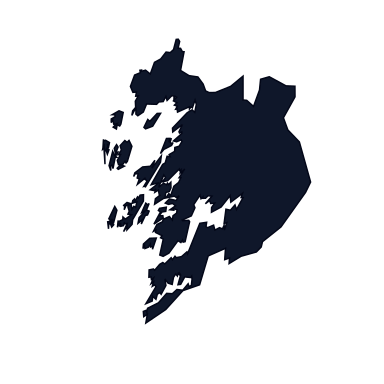 outline of Flatanger nor, Nord-Trøndelag, Norway, rotated 294°
{"feature_id": "86288312B80976394887598", "entity_name": "Flatanger nor", "entity_type": "district", "adm_level": 2, "iso_a3": "NOR", "parent_name": "Norway", "parent_adm1": "Nord-Trøndelag", "projection": "robinson", "projection_center": [10.814, 64.447], "detail": "fine", "context": "isolated", "style": "filled", "palette": "ink", "viewbox_px": 384, "rotation_deg": 294, "n_neighbors": 0, "source": "geoboundaries", "source_scale": "gbopen_adm2", "svg_char_len": 6107}
<svg xmlns="http://www.w3.org/2000/svg" viewBox="0 0 384 384"><g transform="rotate(294 192 192)"><path d="M249.3,296.3L281.4,269.7L287.7,254.3L297.0,245.3L320.8,247.4L330.5,243.0L327.2,234.7L328.7,215.7L322.9,208.8L312.6,212.2L295.2,213.4L298.0,204.7L296.8,201.2L318.6,191.5L304.3,184.4L292.4,172.9L289.8,167.1L289.9,163.3L295.1,158.3L299.5,150.6L297.1,142.0L298.4,132.1L316.9,127.7L316.3,126.1L318.6,123.1L317.7,120.8L324.5,119.5L326.0,117.3L325.0,115.5L314.6,117.2L310.5,115.4L309.3,111.4L300.8,109.3L295.2,105.0L282.8,105.9L284.4,100.0L281.4,96.3L282.8,96.2L282.0,94.9L280.0,96.3L275.5,92.0L263.4,92.8L259.0,97.5L260.7,100.6L256.6,101.6L257.9,103.8L251.9,103.3L246.4,106.1L242.0,104.8L237.5,105.9L246.4,106.4L240.3,109.1L239.6,111.5L245.3,115.0L253.9,114.7L257.7,124.0L260.7,125.0L262.9,128.9L268.7,129.3L265.5,132.0L271.8,134.4L272.3,136.6L270.3,137.4L272.6,137.7L272.4,139.5L267.7,138.0L267.4,141.9L264.2,140.6L264.4,143.7L261.0,143.4L261.8,144.6L259.1,146.3L268.8,154.9L266.8,155.9L269.5,156.5L269.0,158.1L277.2,157.4L273.8,160.3L265.9,162.1L267.1,158.7L262.5,155.4L242.4,148.2L239.0,150.0L249.9,155.9L241.7,155.6L240.8,156.6L242.7,158.2L241.3,158.9L231.1,154.3L231.6,157.5L235.2,160.9L234.1,162.3L228.6,161.6L225.7,158.2L222.0,159.6L216.9,155.9L215.4,157.7L214.5,154.7L207.7,155.7L205.3,154.0L182.0,151.7L187.3,158.3L177.0,152.9L177.9,156.9L180.3,157.7L176.7,158.2L180.1,160.5L175.9,163.4L176.7,164.4L171.0,161.3L165.6,162.8L175.9,169.5L180.9,168.3L183.3,171.1L187.2,171.1L192.3,168.7L189.3,167.6L190.2,165.9L188.3,165.9L188.5,162.5L182.5,159.5L196.1,159.4L194.3,162.0L189.1,160.6L192.5,165.2L207.8,171.0L206.6,171.9L208.0,172.9L204.6,173.5L210.1,176.0L199.8,174.4L200.6,176.0L195.3,175.9L189.9,173.1L180.1,174.0L181.1,171.5L175.8,170.4L181.0,177.6L180.6,180.1L183.6,181.9L177.8,181.0L176.5,174.2L171.0,172.1L171.1,175.5L173.6,178.9L172.7,182.6L166.8,179.1L168.0,182.8L169.4,182.0L169.6,185.7L166.4,186.5L162.6,184.3L158.4,185.5L160.4,181.3L155.5,176.9L152.7,177.1L148.1,173.2L140.4,172.8L142.4,174.5L140.2,175.1L139.9,182.4L137.4,181.9L137.3,184.9L121.3,188.2L121.5,191.8L126.8,195.8L141.8,199.0L141.3,202.4L144.4,202.9L142.6,204.3L143.8,205.9L163.9,201.9L164.8,200.5L162.0,195.2L162.4,194.4L169.9,201.1L178.8,201.1L181.1,198.7L192.4,200.6L189.5,203.0L191.9,204.0L190.6,204.4L191.8,206.9L195.1,208.2L196.3,211.9L186.7,209.0L191.3,211.5L189.1,213.8L191.2,217.3L185.8,216.2L181.4,218.0L190.1,224.7L204.2,228.3L198.5,231.6L211.4,238.7L206.9,239.1L207.6,240.9L194.1,239.8L197.7,236.5L191.0,234.5L190.1,230.0L176.3,234.1L178.2,236.2L170.4,237.1L174.6,234.9L170.7,234.8L170.6,231.6L166.5,228.4L170.5,225.2L165.7,220.7L166.0,218.9L170.3,217.7L166.6,211.9L133.7,213.1L135.2,211.7L128.7,208.7L125.6,204.3L126.4,202.6L122.2,201.7L123.5,199.7L115.2,196.4L115.7,194.0L112.8,191.9L105.3,189.7L106.0,188.1L103.4,184.5L96.6,187.3L97.8,189.0L95.6,190.5L97.9,191.8L91.6,191.9L94.3,193.5L89.7,194.1L91.9,195.6L90.9,197.6L71.2,195.3L76.2,200.0L80.7,198.6L79.3,202.7L84.6,201.9L87.1,203.7L86.0,205.4L96.0,206.2L101.6,202.5L99.0,207.3L99.5,211.5L106.6,209.8L110.6,210.5L109.3,212.8L111.8,212.5L111.3,214.1L113.5,212.6L111.6,215.4L101.6,216.9L103.0,219.2L111.5,219.9L113.4,225.8L114.9,226.0L112.4,227.5L106.4,229.4L104.4,227.8L106.6,225.8L98.5,223.5L96.8,217.9L91.1,215.4L89.1,210.1L77.1,206.4L67.7,198.7L63.6,199.7L65.2,198.2L63.1,196.1L58.5,198.6L62.2,200.9L53.5,203.1L73.9,215.8L98.2,223.8L110.3,236.7L140.2,232.8L154.2,245.5L143.5,249.4L147.0,253.1L141.7,255.0L153.3,263.0L163.4,275.2L169.9,277.6L175.3,276.6L196.3,287.5L237.8,295.9L249.3,296.3ZM156.0,136.9L151.4,134.7L152.8,136.0L148.2,137.3L152.6,137.2L155.6,140.1L152.5,139.4L148.9,142.5L145.7,142.5L146.6,146.0L140.1,142.1L141.1,139.1L138.6,140.0L134.8,136.7L136.0,136.1L129.5,138.2L134.6,138.5L130.9,140.2L135.0,139.1L131.8,141.0L133.4,143.1L137.3,142.5L135.1,143.0L136.9,145.6L128.0,145.6L134.4,146.6L130.9,148.0L138.1,150.4L142.6,149.0L163.9,151.3L169.8,148.8L168.1,145.9L164.8,145.5L165.4,144.2L160.4,143.7L162.2,142.3L160.0,141.4L157.4,142.0L160.6,145.6L155.0,146.8L155.3,144.7L151.7,144.2L156.5,141.1L156.0,136.9ZM186.3,132.0L182.4,132.4L185.6,132.7L186.7,135.5L182.5,136.2L182.4,138.6L176.8,139.0L186.2,143.8L184.4,143.6L184.0,146.5L177.6,145.7L178.6,146.8L177.2,147.3L206.3,151.1L212.4,149.3L197.4,145.7L205.9,145.2L198.6,143.5L194.8,136.7L186.3,132.0ZM211.7,109.7L205.1,107.5L201.6,110.4L196.1,109.6L197.1,111.5L190.5,110.9L187.1,113.7L188.3,116.0L183.3,114.0L182.7,115.4L188.1,119.7L188.0,117.3L192.9,118.3L191.7,119.9L193.6,120.5L209.3,118.5L213.5,113.5L211.0,112.5L211.7,109.7ZM236.5,92.3L230.2,87.7L231.2,90.0L229.6,91.2L225.9,88.5L222.5,90.0L225.9,90.1L222.1,93.0L223.9,95.5L219.2,93.6L218.8,97.3L223.0,96.3L222.9,99.1L225.1,99.4L236.7,96.8L236.5,92.3ZM240.3,122.1L231.5,121.8L230.8,123.9L236.1,129.3L251.1,131.3L249.6,128.2L239.4,124.7L240.3,122.1ZM163.0,154.3L152.6,154.4L156.9,157.6L147.1,154.1L141.5,155.4L146.6,157.9L142.1,158.7L151.6,158.9L152.9,160.7L157.1,160.6L157.0,157.7L164.1,157.5L162.3,156.8L163.0,154.3ZM124.7,168.8L120.4,170.2L123.5,170.6L121.2,172.0L123.9,174.6L127.4,175.1L124.9,176.5L126.3,178.3L123.6,179.2L135.4,178.1L132.5,172.2L124.7,168.8ZM196.9,103.0L182.4,105.5L178.6,109.1L182.8,107.0L184.1,107.9L181.3,110.3L192.6,107.7L193.1,109.1L194.0,106.8L195.1,107.9L198.4,108.2L197.4,106.5L203.0,106.2L204.6,103.8L200.3,103.2L195.1,107.1L194.0,106.2L196.9,103.0ZM147.4,127.3L133.1,126.9L134.1,127.4L132.1,129.3L130.5,127.1L124.4,130.7L127.9,129.3L135.1,130.0L129.2,131.0L127.3,132.9L130.2,133.8L130.7,131.5L132.3,131.2L134.5,131.1L131.2,133.0L144.8,130.8L147.4,127.3ZM230.5,146.9L214.3,147.6L219.5,149.0L226.2,154.4L229.5,154.6L227.9,153.9L228.7,151.7L232.8,151.3L227.8,150.7L231.9,149.8L230.5,146.9ZM204.1,89.7L196.9,92.4L198.9,92.8L196.3,94.2L196.5,92.6L194.7,93.0L196.3,93.7L182.0,101.2L193.2,95.9L198.3,96.5L193.9,97.7L192.1,99.3L196.8,99.0L196.9,97.0L198.1,97.2L201.7,95.0L199.6,97.4L203.6,96.5L204.1,92.0L202.8,90.5L204.1,89.7ZM163.9,169.0L161.4,168.8L161.0,171.3L147.2,170.3L156.6,176.2L158.5,175.0L156.9,171.5L161.6,172.8L163.6,175.9L167.7,174.7L163.9,169.0Z" fill="#0f172a" stroke="#020617" stroke-width="1.5"/></g></svg>